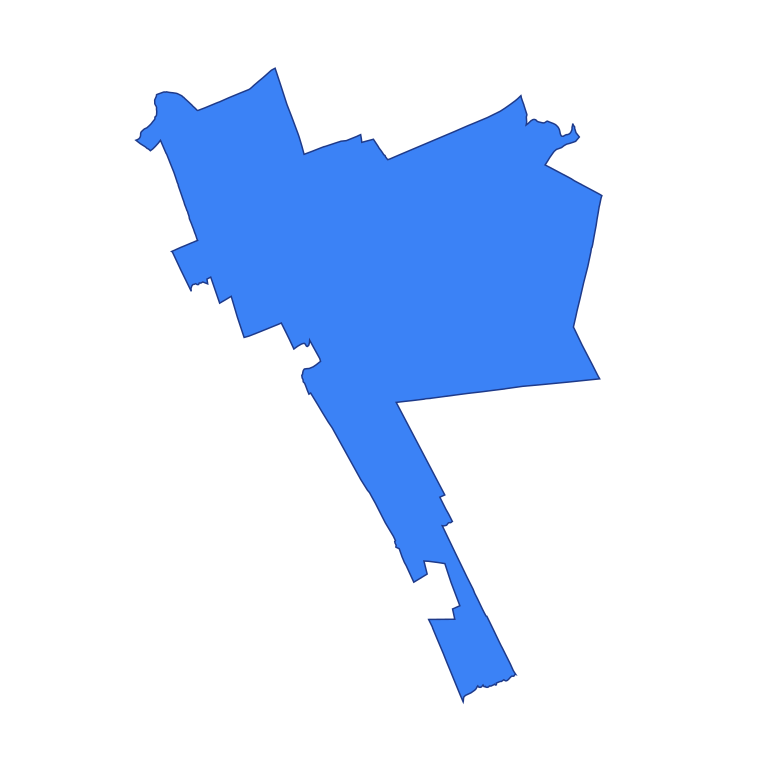 outline of Salcioara, Dâmbovita, Romania, rotated 266°
{"feature_id": "2599482B29130096234680", "entity_name": "Salcioara", "entity_type": "district", "adm_level": 2, "iso_a3": "ROU", "parent_name": "Romania", "parent_adm1": "Dâmbovita", "projection": "robinson", "projection_center": [25.568, 44.74], "detail": "fine", "context": "isolated", "style": "filled", "palette": "blue", "viewbox_px": 768, "rotation_deg": 266, "n_neighbors": 0, "source": "geoboundaries", "source_scale": "gbopen_adm2", "svg_char_len": 6103}
<svg xmlns="http://www.w3.org/2000/svg" viewBox="0 0 768 768"><g transform="rotate(266 384 384)"><path d="M630.6,590.4L629.1,590.2L627.1,589.5L625.6,589.4L624.3,589.1L622.2,588.0L620.9,586.8L620.3,585.6L620.0,584.5L620.0,583.2L619.5,581.9L619.1,581.0L618.6,580.2L618.7,578.9L619.1,578.2L620.1,577.7L621.4,577.3L623.1,577.1L625.6,576.7L627.9,575.7L629.3,574.6L630.7,573.3L632.0,571.2L633.9,567.1L634.8,565.4L634.7,564.6L633.7,563.0L633.3,561.8L633.4,560.7L634.2,558.0L634.9,555.9L635.9,554.6L636.9,553.9L637.3,552.9L637.5,552.1L637.3,550.8L636.3,548.9L633.6,545.7L632.5,543.9L633.5,544.2L635.6,544.6L636.4,544.6L638.0,544.6L640.1,544.6L640.7,544.7L642.4,545.3L643.0,545.3L652.4,543.0L652.7,543.0L656.8,541.8L660.7,540.8L661.1,540.9L662.1,540.7L659.2,537.2L657.2,534.4L653.9,529.2L650.6,523.7L648.0,519.0L642.6,505.8L637.8,491.7L635.8,485.6L630.9,471.8L611.4,415.0L608.2,405.9L607.5,403.4L607.7,403.2L610.6,401.3L611.8,401.0L612.3,400.4L612.8,399.7L613.2,399.5L614.9,398.6L617.2,397.2L619.3,395.8L620.0,395.4L621.3,394.8L628.9,390.5L626.6,378.7L630.4,378.5L634.4,378.1L633.3,375.1L633.1,374.8L629.4,363.4L629.2,358.0L628.7,356.2L628.5,355.2L624.9,341.1L625.0,340.9L624.1,337.9L621.1,328.4L618.7,320.3L626.4,318.8L630.0,318.0L636.2,316.6L638.9,315.9L657.9,310.3L666.6,307.6L669.9,306.6L689.3,301.8L706.6,297.4L705.1,294.0L704.7,293.3L697.9,284.5L695.2,280.7L691.5,275.7L688.2,271.5L687.5,270.4L687.1,269.5L684.0,260.0L680.4,249.2L676.8,239.3L676.6,238.4L675.9,236.2L671.9,224.3L670.3,219.0L669.9,217.7L669.9,217.2L670.0,216.9L670.2,216.6L670.6,216.2L671.9,215.2L674.6,212.6L675.1,212.2L675.8,211.7L676.6,210.9L679.1,208.6L682.9,205.0L683.8,204.3L684.1,204.0L684.3,203.5L685.6,202.4L687.7,198.8L688.1,198.1L688.5,197.0L689.3,193.4L689.6,191.6L690.0,189.6L690.5,187.8L690.6,187.2L690.5,186.8L690.4,186.3L690.6,185.7L690.6,184.5L688.7,177.8L688.5,177.4L688.3,177.2L687.4,177.1L686.8,176.9L683.4,175.1L682.8,175.0L681.4,175.0L680.3,174.9L679.7,174.9L679.0,175.1L678.5,175.3L676.9,176.1L676.2,176.3L675.5,176.4L674.1,176.2L671.8,176.3L670.0,176.1L668.0,175.8L667.0,175.1L666.5,174.5L666.4,174.2L666.2,174.1L664.9,174.0L664.4,173.9L663.9,173.6L661.7,171.5L660.3,170.3L659.2,169.2L657.7,167.4L656.1,165.3L655.3,163.1L654.8,162.2L653.0,160.0L652.2,159.2L651.2,158.8L650.8,158.7L648.9,158.5L648.1,158.3L646.9,157.7L646.1,157.0L645.6,156.4L644.9,154.9L644.5,153.5L640.7,157.7L637.2,162.5L636.2,163.5L635.5,164.1L635.1,165.0L634.3,166.0L633.0,167.2L634.6,169.7L637.0,172.5L640.1,175.7L642.7,178.0L629.3,182.7L628.8,183.0L628.5,183.2L621.6,185.4L620.9,185.6L609.7,189.2L604.4,190.6L599.2,191.9L597.3,192.6L596.4,192.6L595.5,192.8L584.8,195.7L583.5,196.0L580.1,197.0L576.8,197.7L574.1,198.6L571.2,199.4L570.8,199.5L569.7,200.1L568.9,200.2L568.3,200.3L564.9,201.2L563.7,201.3L562.4,201.4L557.0,203.2L553.9,204.1L551.8,204.8L548.2,205.7L545.9,206.5L541.7,207.5L540.7,207.9L540.3,208.1L538.0,201.3L535.8,194.9L534.5,190.9L531.0,181.4L530.5,182.1L512.1,189.2L489.9,198.2L492.7,198.1L495.4,199.2L496.6,200.4L496.7,201.7L497.2,203.1L496.2,204.6L496.2,206.0L497.6,206.7L497.5,208.4L498.4,210.4L496.2,215.1L501.0,214.7L502.7,218.6L476.1,225.7L482.1,237.7L460.9,242.4L440.2,247.7L441.2,252.6L444.5,263.1L451.1,283.3L452.0,285.8L441.1,290.3L437.4,291.8L435.7,292.5L427.4,295.7L425.2,296.5L427.8,300.7L429.6,304.4L429.9,305.5L430.1,306.4L430.1,307.3L429.7,307.9L428.9,308.4L427.3,309.2L426.9,309.7L426.8,310.3L428.0,311.7L430.7,312.6L432.9,312.9L425.4,316.3L413.8,321.7L411.0,322.3L409.9,320.6L407.9,317.7L406.1,314.6L404.7,310.5L404.7,308.0L404.5,305.6L403.2,304.5L401.6,303.9L399.4,303.4L398.4,302.6L395.7,302.8L393.9,303.6L392.5,303.5L391.6,303.7L390.4,304.8L387.8,305.7L383.0,307.1L379.1,308.4L380.1,310.2L368.1,316.4L359.4,320.8L349.8,325.8L344.0,329.2L290.2,354.2L279.2,360.1L276.6,362.0L272.4,363.9L265.8,367.0L245.5,375.6L231.3,382.8L226.9,384.5L226.2,383.7L224.3,384.0L222.3,384.9L221.4,384.6L220.4,384.5L218.6,387.7L210.5,389.9L204.6,391.9L201.2,393.5L184.2,399.9L191.4,413.8L204.6,411.5L204.1,415.7L202.1,425.7L200.6,432.2L193.3,434.0L181.5,437.0L157.5,444.2L154.8,436.7L144.4,438.2L146.0,412.3L146.0,412.1L138.2,415.3L137.1,415.5L126.1,419.2L110.9,424.4L105.2,426.2L101.2,427.5L89.8,431.3L86.1,432.5L67.7,438.6L61.4,440.8L62.1,441.0L64.9,441.4L66.3,441.9L67.7,443.6L69.9,449.3L71.6,452.1L72.1,453.0L73.3,454.4L75.8,456.0L76.3,456.5L75.3,457.0L74.8,457.9L74.9,458.1L74.9,458.6L74.7,459.2L74.7,459.4L75.3,460.4L76.8,461.8L75.2,462.6L75.0,463.1L75.2,464.0L74.6,464.3L74.2,465.6L74.3,466.6L74.7,467.4L75.4,468.1L75.2,469.6L76.1,472.0L76.8,473.3L76.2,473.8L75.9,474.4L76.1,475.1L77.0,475.2L77.8,475.2L78.9,478.3L79.2,479.8L79.1,480.4L80.6,482.9L79.6,484.2L79.4,484.7L79.4,485.4L79.7,486.3L80.7,487.7L82.2,489.2L83.6,490.9L83.5,493.1L85.2,494.5L85.3,494.9L85.2,495.1L87.5,493.8L89.3,492.9L95.6,490.6L112.7,483.5L114.2,482.8L118.6,481.0L131.5,475.9L145.1,470.4L145.4,469.6L148.7,468.1L152.5,466.5L163.4,462.2L168.8,459.9L173.0,458.6L185.6,453.3L197.4,448.6L211.1,443.1L238.6,432.2L238.3,433.6L238.4,434.4L238.6,436.0L238.9,436.7L239.7,437.4L240.8,438.4L241.0,438.7L241.1,439.1L241.1,439.9L241.0,440.4L241.1,440.9L241.3,441.4L241.9,442.1L242.1,442.6L249.7,439.4L254.7,437.0L267.2,431.8L269.1,436.9L364.8,394.9L365.2,403.0L365.5,411.2L366.0,421.2L366.1,422.6L366.1,422.9L366.4,424.7L366.4,427.6L366.4,429.5L366.5,429.7L367.9,452.4L368.8,467.1L369.4,480.8L370.1,493.1L370.7,504.3L370.8,504.5L372.0,522.1L372.3,538.1L373.1,569.0L373.6,584.0L374.1,599.5L375.2,599.0L376.1,598.5L379.1,597.2L389.3,592.9L409.1,584.3L426.3,577.5L427.5,576.9L437.7,580.0L443.6,581.7L455.5,585.5L471.0,590.2L487.3,595.6L501.4,599.6L505.1,600.4L505.5,600.9L508.3,601.8L517.5,604.1L527.5,606.7L533.4,608.0L540.2,609.7L545.8,611.0L547.6,611.6L554.0,613.4L555.1,613.8L556.7,614.5L558.2,612.4L573.5,588.0L575.7,585.1L591.3,560.0L594.6,562.5L598.3,565.1L602.1,568.2L604.2,570.0L606.0,572.4L606.7,575.0L607.5,577.7L609.2,580.2L610.5,582.9L611.1,586.1L612.0,589.7L612.7,592.1L616.8,596.1L621.4,593.0L624.3,592.4L625.7,592.0L626.7,592.1L627.2,592.1L627.8,591.8L628.2,591.3L629.3,590.9L630.6,590.4Z" fill="#3b82f6" stroke="#1e3a8a" stroke-width="1.5"/></g></svg>